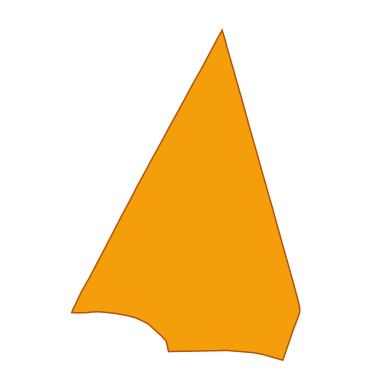 outline of Bang Rak, Bangkok Metropolis, Thailand, rotated 273°
{"feature_id": "78962969B21666986895715", "entity_name": "Bang Rak", "entity_type": "district", "adm_level": 2, "iso_a3": "THA", "parent_name": "Thailand", "parent_adm1": "Bangkok Metropolis", "projection": "robinson", "projection_center": [100.525, 13.728], "detail": "fine", "context": "isolated", "style": "filled", "palette": "amber", "viewbox_px": 384, "rotation_deg": 273, "n_neighbors": 0, "source": "geoboundaries", "source_scale": "gbopen_adm2", "svg_char_len": 1677}
<svg xmlns="http://www.w3.org/2000/svg" viewBox="0 0 384 384"><g transform="rotate(273 192 192)"><path d="M28.8,291.5L59.6,300.3L72.6,304.5L74.0,304.9L75.3,305.2L76.4,305.5L77.6,305.7L78.6,305.8L80.7,305.7L82.5,305.5L86.3,304.4L88.9,303.6L93.8,302.1L99.2,300.3L106.8,297.9L112.5,295.9L118.5,293.9L122.9,292.4L128.9,290.4L137.0,287.6L142.7,285.7L147.7,284.0L156.4,281.1L162.2,279.1L169.3,276.8L174.9,274.9L180.8,273.0L189.4,270.0L191.4,269.3L195.1,268.0L199.4,266.6L207.3,263.9L211.0,262.6L218.8,259.9L223.4,258.3L230.8,255.9L238.3,253.4L248.1,250.0L252.7,248.4L257.3,246.8L263.6,244.7L268.6,243.1L274.1,241.3L279.7,239.4L283.5,238.1L286.7,237.1L292.8,235.0L297.9,233.2L304.4,231.0L310.6,228.9L316.3,227.0L322.5,224.8L328.6,222.7L339.1,219.1L343.8,217.7L347.2,216.5L350.0,215.5L355.2,213.6L353.0,212.6L352.5,212.3L344.8,208.5L339.2,206.0L313.8,194.1L300.3,187.3L285.7,180.5L275.2,175.4L274.3,175.0L266.5,171.2L252.3,164.3L246.8,161.8L229.8,153.7L220.5,149.1L214.3,146.3L207.9,143.2L207.1,142.8L205.1,141.8L202.7,140.7L201.6,140.2L195.4,137.2L193.2,136.2L180.6,130.6L164.0,122.7L141.1,112.4L124.4,104.8L121.7,103.5L116.0,100.9L111.1,98.7L103.8,95.3L102.9,94.9L99.7,93.4L98.5,92.8L97.9,92.5L96.8,91.9L91.8,89.4L89.1,88.0L85.9,86.5L79.9,84.0L78.6,83.5L75.8,82.3L71.2,80.4L68.7,79.3L67.3,78.9L65.3,78.2L65.3,80.1L65.4,85.0L65.9,92.4L67.0,98.8L67.5,104.8L67.4,110.3L66.8,120.8L66.6,123.0L65.4,132.4L64.9,135.1L63.4,142.1L62.5,144.7L59.0,153.0L57.8,155.4L49.5,165.5L47.0,168.6L44.9,170.8L42.8,172.9L42.5,173.2L41.3,174.2L38.1,175.1L31.4,176.9L35.6,235.2L34.9,259.3L34.6,263.2L33.5,271.2L31.3,280.7L30.2,285.6L28.8,291.5Z" fill="#f59e0b" stroke="#b45309" stroke-width="1.5"/></g></svg>